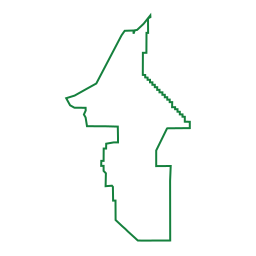 outline of Lyon, Nevada, United States of America
{"feature_id": "52423323B15747846932953", "entity_name": "Lyon", "entity_type": "district", "adm_level": 2, "iso_a3": "USA", "parent_name": "United States of America", "parent_adm1": "Nevada", "projection": "equal_earth", "projection_center": [-119.16, 39.077], "detail": "fine", "context": "isolated", "style": "outline", "palette": "green", "viewbox_px": 256, "rotation_deg": 0, "n_neighbors": 0, "source": "geoboundaries", "source_scale": "gbopen_adm2", "svg_char_len": 1214}
<svg xmlns="http://www.w3.org/2000/svg" viewBox="0 0 256 256"><path d="M66.2,98.2L70.1,105.3L74.4,107.7L85.6,107.8L85.7,110.5L83.9,114.5L85.6,117.5L87.0,126.2L106.7,126.3L117.8,126.6L118.0,137.5L118.0,142.4L113.7,142.4L106.2,143.7L106.1,148.5L103.7,148.5L103.6,160.9L101.3,160.9L101.2,165.9L103.6,165.9L103.6,170.9L105.9,173.3L105.6,186.2L111.9,185.7L112.9,186.9L113.1,200.6L115.5,200.6L115.6,220.0L122.0,226.0L125.6,229.2L127.7,231.3L137.8,240.5L141.8,240.6L170.2,240.5L170.1,180.8L170.7,166.0L156.2,166.1L156.2,150.5L167.0,128.5L167.5,128.3L189.8,128.1L189.8,121.8L184.8,121.7L184.8,116.8L182.5,116.7L182.5,114.4L179.8,114.4L179.8,111.8L177.5,111.7L177.5,109.2L175.1,109.2L175.1,107.2L172.1,107.2L172.2,102.1L169.7,102.1L169.7,99.6L167.3,99.7L167.2,97.2L164.8,97.3L164.8,94.8L162.4,94.8L162.4,92.3L159.5,92.3L159.5,89.8L157.2,89.9L157.2,87.2L154.8,87.2L154.8,84.8L152.4,84.8L152.4,82.3L150.0,82.3L150.0,79.8L147.6,79.8L147.6,77.6L145.2,77.4L145.2,75.0L142.8,74.9L142.9,52.8L146.4,52.8L146.5,32.9L148.1,32.9L148.0,18.4L150.4,17.1L150.3,15.4L143.6,23.8L137.1,29.9L134.8,30.3L133.5,33.7L133.6,30.5L124.7,30.8L121.5,35.4L96.3,83.5L86.2,89.1L74.6,95.6L66.2,98.2Z" fill="none" stroke="#15803d" stroke-width="2"/></svg>